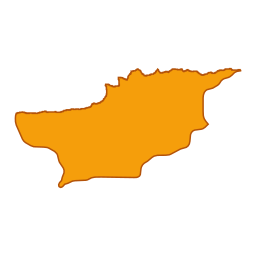 outline of Las Terrenas, Samaná, Dominican Republic
{"feature_id": "3306468B40985088538713", "entity_name": "Las Terrenas", "entity_type": "district", "adm_level": 2, "iso_a3": "DOM", "parent_name": "Dominican Republic", "parent_adm1": "Samaná", "projection": "natural_earth1", "projection_center": [-69.552, 19.282], "detail": "fine", "context": "isolated", "style": "filled", "palette": "amber", "viewbox_px": 256, "rotation_deg": 0, "n_neighbors": 0, "source": "geoboundaries", "source_scale": "gbopen_adm2", "svg_char_len": 5611}
<svg xmlns="http://www.w3.org/2000/svg" viewBox="0 0 256 256"><path d="M208.2,124.2L205.9,121.4L204.4,119.1L203.7,117.3L203.3,115.4L203.1,111.3L203.1,97.9L203.4,95.0L204.3,92.4L205.7,90.6L207.0,89.7L212.8,88.1L217.7,85.2L219.2,83.8L221.2,80.8L222.8,79.4L224.1,78.7L228.5,77.4L229.9,76.7L232.0,75.1L234.5,72.6L235.8,71.9L237.3,71.3L240.6,70.8L240.6,70.4L240.0,70.1L240.0,69.7L238.2,69.7L238.2,70.1L232.0,70.1L232.0,69.7L231.7,69.7L231.4,69.0L230.8,69.0L230.8,68.6L229.6,68.6L229.6,69.0L225.5,69.0L225.5,69.3L224.9,69.3L224.6,70.1L223.4,70.1L223.4,70.4L221.5,70.4L221.5,70.1L220.0,70.1L220.0,70.4L219.1,70.4L219.1,70.8L217.9,70.8L217.9,71.2L217.2,71.2L216.9,71.9L215.7,72.3L215.7,72.6L215.1,72.6L215.1,73.0L214.5,73.0L214.5,73.3L212.3,73.3L212.3,73.0L211.7,73.0L211.7,72.6L211.1,72.6L211.1,72.3L210.5,72.3L210.5,72.6L208.6,72.6L208.6,73.0L207.4,73.3L207.1,74.1L205.2,74.1L205.2,74.4L204.3,74.4L204.3,74.8L203.1,74.8L203.1,75.2L202.1,75.2L202.1,74.8L201.2,74.8L201.2,74.4L200.6,74.4L200.6,74.1L199.4,73.7L199.4,73.3L198.8,73.3L198.4,72.6L198.1,72.6L198.1,72.3L197.5,72.3L197.2,71.5L196.6,71.5L196.6,71.2L193.5,71.2L193.5,71.5L191.1,71.5L191.1,71.2L189.8,71.2L189.8,70.8L188.9,70.8L188.9,70.4L188.3,70.4L188.0,69.7L187.4,69.7L187.4,70.1L186.7,70.1L186.7,70.4L186.1,70.4L186.1,70.8L184.9,70.8L184.9,71.2L184.0,71.2L184.0,71.5L183.7,71.5L183.7,71.2L183.1,71.2L183.1,70.8L182.4,70.4L182.4,70.1L182.1,70.1L182.1,69.3L181.5,69.3L181.5,69.0L181.2,69.0L181.2,69.3L180.3,69.3L180.3,69.7L177.5,69.7L177.5,69.3L175.0,69.3L175.0,69.0L172.9,69.0L172.9,69.3L172.0,69.3L171.7,70.1L171.0,70.1L170.7,70.8L169.8,70.8L169.5,71.5L168.9,71.5L168.9,71.9L168.3,71.9L168.3,72.3L167.0,71.9L167.0,71.5L165.8,71.5L165.8,71.9L164.6,71.9L164.6,72.3L163.3,72.3L163.3,72.6L162.4,72.6L162.4,73.0L160.6,73.0L160.6,72.6L160.0,72.6L160.0,72.3L159.3,71.9L159.0,71.2L158.7,71.2L158.4,69.7L157.8,69.3L157.8,69.7L157.2,69.7L156.9,70.4L156.3,70.8L156.3,71.5L155.6,71.5L155.6,72.3L155.0,72.6L155.0,73.0L154.4,73.0L154.4,73.3L153.8,73.3L153.5,74.1L151.3,74.1L151.3,74.4L150.4,74.4L150.4,74.8L149.8,74.8L149.8,75.2L147.0,75.2L147.0,75.5L146.4,75.5L146.4,75.9L145.2,75.9L145.2,75.5L144.2,75.5L144.2,75.2L143.6,74.8L143.6,74.4L143.0,74.4L143.0,74.1L142.4,74.1L142.4,73.7L142.1,73.7L141.8,73.0L141.2,72.6L140.9,71.2L140.5,71.2L140.2,70.4L139.6,70.4L139.6,70.1L138.4,69.7L138.1,69.0L137.5,69.0L137.5,69.3L136.9,69.3L136.5,70.1L135.6,70.1L135.3,70.8L133.2,70.8L133.2,71.2L131.3,71.2L131.6,71.9L131.0,72.3L131.0,73.0L130.7,73.0L130.7,73.7L130.4,73.7L130.4,74.1L129.8,74.1L129.8,74.4L129.5,74.4L129.2,75.2L128.5,75.5L128.2,77.0L127.9,77.0L127.9,78.4L127.3,78.8L127.3,79.5L127.0,79.5L127.0,79.9L126.4,79.9L126.4,79.5L125.5,79.5L125.5,79.2L124.8,79.2L124.8,78.8L123.6,78.8L123.6,78.4L123.0,78.4L122.7,77.7L120.8,77.7L120.8,77.4L118.4,77.4L118.4,79.2L118.7,79.2L118.7,79.9L119.0,79.9L119.0,84.3L119.3,84.3L119.3,85.4L119.0,85.4L119.0,85.7L118.4,85.7L118.4,86.1L115.3,86.1L115.3,86.5L114.7,86.5L114.7,86.8L113.8,86.8L113.8,86.5L112.5,86.5L112.5,86.1L111.9,86.1L111.9,85.7L110.1,85.7L109.7,85.0L109.1,85.0L109.1,84.6L108.2,84.6L108.2,84.3L105.7,84.3L105.7,85.4L105.4,85.4L105.4,85.7L106.1,86.1L106.1,86.5L106.4,86.5L106.4,89.4L106.7,89.4L106.7,94.1L106.4,94.1L106.4,95.6L106.1,95.6L106.1,96.3L105.7,96.3L105.4,97.0L105.1,97.0L105.1,97.8L104.5,98.1L104.2,98.8L103.9,98.8L103.9,99.2L103.6,99.2L103.6,99.9L103.0,100.3L103.0,100.7L102.4,100.7L102.1,101.4L101.4,101.4L101.4,101.8L100.8,101.8L100.5,102.5L99.9,102.5L99.9,102.9L98.7,102.9L98.7,103.2L97.7,103.2L97.7,103.6L96.8,103.6L96.8,103.9L95.3,103.9L95.3,103.6L94.4,103.6L94.4,103.2L93.7,103.2L93.7,103.6L93.1,103.6L93.1,103.9L92.5,103.9L92.5,104.3L91.9,104.3L91.9,105.0L91.3,105.4L91.3,106.1L91.0,106.1L90.7,106.9L90.0,106.9L90.0,107.2L88.8,107.2L88.8,107.6L87.0,107.6L87.0,108.0L85.7,108.0L85.7,108.3L85.1,108.3L85.1,108.7L81.4,108.7L81.4,109.0L80.5,109.0L80.5,109.4L78.3,109.4L78.3,109.0L75.9,109.0L75.9,109.4L73.7,109.4L73.7,109.0L71.6,109.0L71.6,109.4L70.6,109.4L70.6,109.8L70.0,109.8L70.0,110.1L68.8,110.1L68.8,109.8L66.9,109.8L66.9,110.1L66.0,110.1L66.0,110.5L63.9,110.5L63.6,111.2L62.9,111.2L62.9,111.6L61.4,111.6L61.4,112.0L60.5,112.0L60.5,112.3L56.2,112.3L55.9,111.6L55.2,111.6L55.2,112.0L47.8,112.0L47.8,112.3L47.2,112.3L47.2,112.0L46.3,112.0L46.0,111.2L44.8,111.2L44.8,111.6L42.6,111.6L42.6,112.0L41.7,112.0L41.7,112.3L39.8,112.3L39.8,112.7L38.9,112.7L38.9,113.0L37.4,113.0L37.4,113.4L35.2,113.4L35.2,113.0L34.0,113.0L34.0,113.4L33.4,113.4L33.4,113.0L32.8,113.0L32.8,113.4L32.4,113.4L32.4,113.0L29.1,113.0L29.1,113.4L28.1,113.4L28.1,113.0L26.6,113.0L26.6,113.4L26.3,113.4L26.3,113.0L25.7,113.0L25.7,112.7L24.4,112.7L24.4,112.3L22.6,112.3L22.6,112.0L22.3,112.0L22.3,112.3L19.8,112.3L19.8,112.7L18.0,112.7L18.0,113.0L17.0,113.0L17.0,113.4L16.4,113.4L16.4,113.8L16.1,113.8L15.6,115.6L15.4,118.2L15.5,121.8L16.3,125.1L22.5,139.2L23.8,141.1L25.5,142.6L30.7,145.6L33.7,146.7L43.9,147.1L47.3,147.5L48.8,148.1L54.6,151.4L56.8,153.6L57.5,155.0L58.9,160.7L59.5,162.3L63.3,168.0L64.1,170.4L64.0,172.9L62.3,177.2L61.5,180.5L59.6,182.6L58.7,184.5L58.8,186.0L59.2,186.7L60.5,187.4L61.8,187.1L62.9,186.3L64.8,184.2L67.8,183.3L72.5,181.1L75.1,180.7L85.9,180.2L87.6,179.8L91.5,177.8L94.9,177.1L101.2,177.0L134.2,177.5L136.7,177.4L138.2,176.9L139.5,176.0L140.3,174.6L141.0,168.5L141.5,166.8L142.6,164.8L144.2,163.2L147.5,161.2L152.0,157.4L154.1,156.1L157.5,155.3L165.7,155.2L169.2,154.8L170.7,154.2L180.5,149.0L186.3,147.3L188.1,145.9L189.3,143.9L189.9,141.2L190.5,134.7L191.1,133.1L192.0,131.8L193.1,130.8L194.6,130.1L201.2,129.2L202.9,128.7L205.0,127.3L208.2,124.2Z" fill="#f59e0b" stroke="#b45309" stroke-width="1.5"/></svg>